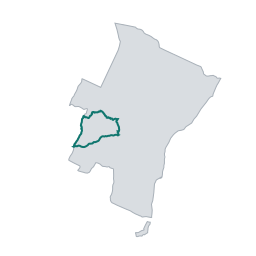 where Lunda Sul sits in Angola, rotated 205°
{"feature_id": "AGO-1875", "entity_name": "Lunda Sul", "entity_type": "Province", "adm_level": 1, "iso_a3": "AGO", "parent_name": "Angola", "parent_adm1": "", "projection": "equal_earth", "projection_center": [20.634, -9.903], "detail": "fine", "context": "in_parent", "style": "outline", "palette": "teal", "viewbox_px": 256, "rotation_deg": 205, "n_neighbors": 0, "source": "natural_earth", "source_scale": "10m", "svg_char_len": 7755}
<svg xmlns="http://www.w3.org/2000/svg" viewBox="0 0 256 256"><g transform="rotate(205 128 128)"><path d="M190.5,123.7L190.8,125.5L191.0,128.0L191.1,129.9L191.3,130.7L191.3,131.1L191.2,131.6L191.0,132.7L190.7,133.7L190.5,134.3L190.7,135.6L190.4,139.2L190.4,141.1L190.8,144.3L190.7,145.3L189.8,148.3L189.6,149.8L189.6,150.5L190.4,152.7L190.4,153.2L189.7,153.3L189.1,153.3L169.9,153.3L169.8,191.1L169.8,194.3L170.4,198.6L171.5,203.2L172.0,203.6L173.1,204.4L174.7,206.2L175.6,207.5L177.4,209.8L179.7,212.7L184.1,217.5L169.5,221.2L164.0,222.5L163.5,222.5L162.6,222.0L160.9,221.9L158.8,222.6L157.1,222.7L155.9,222.4L154.7,221.8L153.5,220.9L151.5,220.6L148.6,220.8L145.8,220.7L143.1,220.1L141.2,219.8L140.0,220.0L138.8,219.8L137.5,219.3L136.4,218.4L135.0,216.6L134.0,214.8L133.7,214.6L133.4,214.3L133.0,214.2L127.3,214.1L92.3,214.1L88.2,214.4L87.9,214.3L87.4,214.1L87.0,213.7L85.9,212.7L84.9,211.9L83.5,210.7L82.6,209.3L81.9,208.8L80.5,208.6L79.6,208.3L78.7,208.3L77.3,208.9L76.3,209.6L75.5,210.2L74.2,210.9L73.1,211.7L71.2,211.6L70.8,211.7L69.7,211.6L68.7,211.0L67.6,211.0L66.5,211.8L64.9,212.2L65.2,206.9L65.5,204.6L65.5,201.9L65.2,194.7L64.9,193.8L64.7,192.6L65.7,191.7L66.2,191.1L66.8,189.9L67.3,188.2L67.9,184.5L69.9,176.1L70.8,167.8L72.0,163.8L72.4,159.4L76.0,153.7L76.8,150.2L78.7,148.5L81.3,146.7L83.1,143.4L84.0,141.1L85.0,136.8L84.9,132.3L85.5,126.2L85.4,124.5L84.4,122.1L84.2,120.3L83.3,118.6L82.3,117.4L81.8,115.1L80.1,111.5L79.6,109.1L78.8,107.3L78.6,105.2L78.2,102.9L77.3,100.7L76.5,98.1L76.5,97.4L77.0,96.4L77.5,96.1L77.3,96.6L77.0,97.1L77.1,97.6L80.2,93.1L80.4,92.2L80.3,91.2L80.3,90.0L80.4,88.6L77.3,80.4L74.9,72.7L74.5,68.8L71.3,63.7L70.0,60.3L69.3,58.0L68.8,57.1L69.0,56.7L69.8,56.5L71.6,56.0L74.1,55.4L76.3,54.1L77.0,53.5L78.2,53.3L79.4,53.7L79.9,53.4L80.1,53.4L83.0,53.4L84.2,53.3L86.5,53.4L87.9,53.5L88.7,53.6L90.8,53.9L93.6,53.8L94.5,53.7L98.1,53.6L104.7,53.4L108.2,53.5L110.9,53.5L112.1,54.0L113.2,54.9L113.7,55.7L113.9,56.1L114.3,57.0L114.9,57.7L115.1,58.8L114.9,60.2L115.0,62.0L115.4,64.1L116.1,66.2L117.2,68.5L117.7,70.3L117.6,71.6L117.9,73.0L118.7,74.5L119.3,75.3L119.7,75.9L120.6,78.2L123.7,84.5L124.1,84.8L124.8,84.7L126.2,84.5L127.6,84.4L128.6,85.0L129.0,84.9L130.5,83.8L132.0,83.5L133.6,83.0L134.4,82.6L135.3,82.6L137.9,83.4L138.4,83.5L140.4,83.5L142.5,83.0L142.8,79.3L142.8,78.6L143.3,77.2L143.9,76.0L144.0,74.9L144.0,73.3L144.4,71.4L145.8,69.9L148.0,69.2L149.3,69.1L151.3,68.7L154.4,68.2L155.5,68.3L155.6,68.5L154.9,71.1L154.9,72.0L155.2,72.8L155.7,73.3L161.8,73.4L167.6,73.7L167.9,73.8L168.2,74.0L168.5,75.3L168.5,77.9L167.9,81.6L168.1,85.0L169.1,88.2L169.2,93.2L168.4,99.8L168.2,104.0L168.7,105.8L169.6,107.6L171.1,109.6L172.2,112.0L173.0,115.1L173.3,117.0L173.1,117.8L173.1,119.2L173.3,121.1L173.0,122.4L172.2,123.1L172.0,124.0L172.4,125.6L172.5,127.2L173.0,128.2L173.4,128.2L174.2,127.7L175.2,126.7L175.9,126.2L177.0,126.3L178.6,126.6L181.3,126.7L182.1,126.5L184.7,125.1L185.3,125.0L186.3,125.2L187.7,125.6L189.2,125.6L189.9,125.2L189.9,124.7L190.1,123.9L190.5,123.7ZM76.9,36.2L76.8,36.4L75.6,37.0L74.4,37.6L72.8,40.0L72.0,41.0L71.7,41.2L71.0,41.8L70.5,42.3L70.5,42.6L70.8,42.9L71.2,43.4L71.2,47.3L71.0,51.1L70.9,51.4L69.8,51.5L68.5,51.8L68.0,52.0L67.9,51.6L67.4,50.2L67.7,48.9L67.9,47.9L67.6,45.9L66.9,44.1L66.2,41.8L65.9,41.4L66.5,40.6L67.5,39.0L67.9,38.2L68.9,38.0L69.3,37.4L69.6,36.5L69.7,35.9L71.0,35.5L72.4,34.7L73.2,33.8L74.0,33.3L74.6,33.3L74.9,33.5L75.9,35.0L76.7,35.9L76.9,36.2Z" fill="#d9dde1" stroke="#a8b0b8" stroke-width="1"/><path d="M169.3,88.1L169.2,88.2L169.1,88.3L169.3,88.7L169.5,89.2L169.6,89.9L169.6,90.5L169.3,91.5L169.5,91.6L169.3,92.1L169.2,92.5L169.0,94.4L168.9,94.5L168.8,95.0L168.7,95.3L168.6,96.4L168.7,97.2L168.5,98.8L168.6,100.2L168.6,100.8L168.5,101.3L168.2,102.2L168.1,102.7L168.0,103.0L168.0,103.3L168.2,103.6L168.3,103.7L168.4,104.3L168.5,105.5L168.6,106.1L168.9,106.7L169.6,107.6L169.7,108.1L169.8,108.1L170.0,108.0L170.0,108.4L170.1,108.8L170.7,109.7L170.8,109.8L171.0,109.7L171.1,109.8L171.3,110.0L171.7,110.3L171.8,110.5L171.9,110.8L172.0,111.3L172.2,112.1L172.3,112.7L172.3,112.9L172.3,113.3L172.4,113.9L172.7,114.6L172.9,115.2L173.1,115.8L173.2,116.2L173.4,116.5L173.4,116.8L173.3,117.1L173.3,117.4L173.0,117.9L173.0,118.2L173.0,118.5L173.2,118.9L173.3,119.2L173.4,119.8L173.3,120.0L173.0,120.2L172.6,120.2L172.4,120.2L172.2,120.0L172.1,119.9L171.6,119.7L171.3,119.8L171.2,119.7L170.9,119.8L170.8,120.0L170.6,120.1L168.9,120.3L168.3,120.2L168.1,120.3L167.9,120.4L167.9,120.5L167.7,120.9L167.6,121.4L167.5,121.8L167.5,122.0L167.5,122.8L167.5,123.0L167.4,123.1L167.1,123.4L167.0,123.5L166.7,123.9L166.7,124.0L166.7,124.3L166.7,124.6L166.6,125.0L166.5,125.3L166.5,125.5L166.6,125.9L166.7,126.0L166.8,126.2L166.8,126.3L167.0,126.3L167.0,126.5L167.0,126.8L167.0,127.3L166.9,127.4L166.5,127.6L166.4,127.7L165.9,128.0L165.5,128.0L165.4,128.0L165.3,127.9L165.2,127.8L164.9,127.8L164.8,128.1L164.7,128.2L164.6,128.3L164.0,128.4L163.8,128.6L163.7,128.6L163.3,128.8L162.8,129.1L162.5,129.2L162.2,129.3L162.0,129.5L161.9,129.8L161.8,130.0L161.7,130.0L161.5,130.3L161.4,130.4L161.4,130.6L161.2,130.8L160.8,130.8L160.7,130.8L160.4,131.1L160.1,131.3L160.1,131.5L160.2,131.8L160.2,132.0L159.7,132.1L158.8,132.0L158.6,132.0L158.5,131.9L158.4,131.9L158.2,131.9L157.9,131.8L157.5,131.6L157.4,131.6L157.2,131.6L157.0,131.4L156.8,131.2L156.7,131.2L156.4,131.2L156.0,130.9L155.9,130.8L155.4,130.7L155.2,130.5L155.2,130.4L154.9,130.3L154.6,130.2L154.4,130.0L154.2,129.8L154.2,129.7L153.9,129.5L153.7,129.4L153.3,129.4L153.2,129.5L152.9,129.4L152.7,129.4L152.5,129.1L152.4,129.0L152.1,128.9L151.9,128.8L151.7,128.6L151.4,128.5L151.4,128.4L151.2,128.4L151.1,128.5L150.9,128.6L150.8,128.8L150.7,128.9L150.6,129.1L150.5,129.3L150.4,129.4L150.1,129.4L149.9,129.3L149.8,129.2L149.7,129.1L149.4,129.1L149.0,129.1L148.9,129.2L148.9,129.3L148.8,129.5L148.7,129.6L148.4,129.6L148.2,129.5L148.2,129.3L148.1,129.2L147.9,129.1L147.7,129.0L147.3,129.5L147.2,129.5L146.8,129.7L146.6,129.8L146.4,129.7L145.9,129.4L145.5,129.0L145.3,129.0L144.9,129.1L144.8,129.3L144.7,129.5L144.6,129.8L144.3,130.2L144.2,130.3L143.9,130.6L143.7,130.8L143.2,131.2L142.5,131.2L142.4,131.2L142.2,131.1L141.9,131.1L141.7,131.4L141.6,131.5L141.0,131.8L141.0,131.5L141.1,130.9L141.2,130.6L141.2,130.2L141.5,129.6L141.4,129.2L141.3,128.9L141.1,128.7L140.8,128.5L140.2,128.3L139.9,128.2L139.7,127.9L139.2,127.3L138.7,126.8L136.5,124.9L136.4,124.6L136.3,124.3L136.1,124.0L135.6,123.3L135.4,123.0L135.3,122.7L135.1,122.3L135.1,122.0L135.0,121.2L134.9,121.0L134.9,120.9L135.0,120.8L135.4,120.8L135.4,120.7L135.4,120.4L135.5,120.4L135.4,120.3L135.4,120.2L135.5,120.1L135.4,119.8L135.5,119.7L135.4,119.6L135.2,119.4L135.2,119.2L135.1,119.4L134.9,119.2L134.7,119.0L134.5,118.9L134.4,118.7L134.3,118.3L134.2,118.0L134.1,117.8L133.8,117.7L133.6,117.7L133.8,117.4L133.5,117.1L133.3,117.0L135.2,117.1L135.9,116.9L136.8,116.3L137.1,116.0L137.6,115.4L137.9,115.1L138.2,115.0L138.4,114.9L139.5,114.7L140.2,114.4L140.5,114.2L141.2,113.4L141.6,113.1L141.8,112.9L142.6,112.6L143.1,112.1L143.5,111.7L143.9,111.4L144.9,111.2L145.2,110.9L145.4,110.7L145.8,110.3L147.3,109.9L148.0,109.3L148.4,108.6L148.7,107.9L148.9,107.6L148.9,107.2L149.2,104.4L149.3,104.1L149.4,103.9L149.5,103.7L151.3,101.7L151.8,101.3L152.1,101.1L152.7,101.0L153.0,100.8L153.2,100.5L153.3,100.2L153.5,99.6L153.5,99.3L153.7,99.0L153.8,98.9L155.4,97.9L156.1,97.6L156.6,97.3L156.8,96.9L157.0,96.5L157.1,95.8L157.2,95.5L157.6,94.8L158.1,93.9L158.8,93.2L159.1,92.7L159.6,92.3L159.9,92.1L160.1,92.0L160.5,91.9L160.8,91.8L161.4,91.5L161.6,91.5L161.9,91.5L162.5,91.3L162.9,91.4L163.5,91.5L164.2,91.5L165.5,91.1L165.7,90.8L165.9,90.6L166.0,90.4L166.2,90.1L166.6,89.9L167.2,89.6L168.0,89.4L168.3,89.2L168.5,88.9L168.7,88.6L169.2,88.1L169.3,88.1Z" fill="none" stroke="#0f766e" stroke-width="2"/></g></svg>